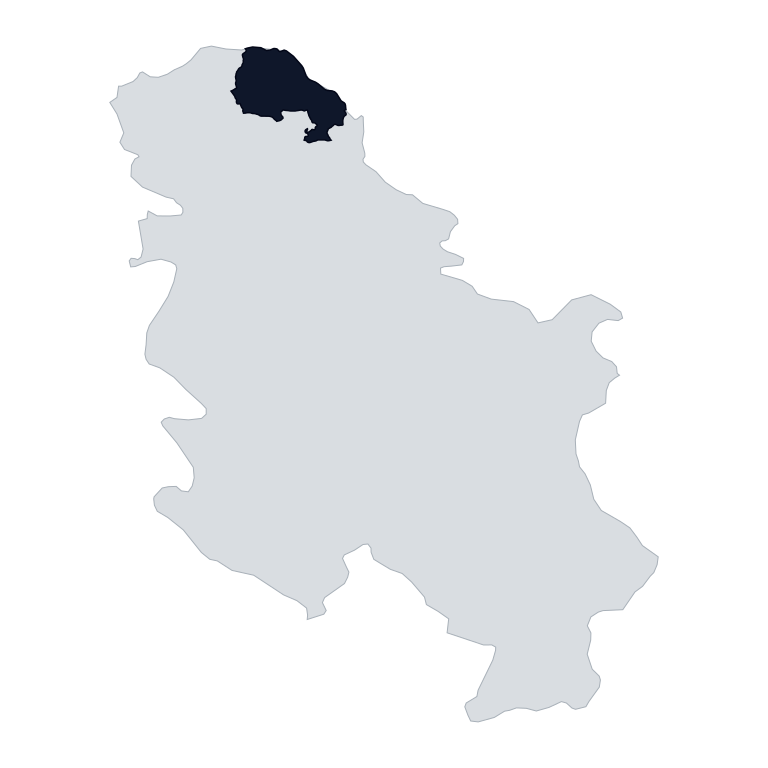 where Severno-Banatski sits in Republic of Serbia
{"feature_id": "SRB-275", "entity_name": "Severno-Banatski", "entity_type": "District", "adm_level": 1, "iso_a3": "SRB", "parent_name": "Republic of Serbia", "parent_adm1": "", "projection": "equal_earth", "projection_center": [20.218, 45.881], "detail": "fine", "context": "in_parent", "style": "filled", "palette": "ink", "viewbox_px": 768, "rotation_deg": 0, "n_neighbors": 0, "source": "natural_earth", "source_scale": "10m", "svg_char_len": 7928}
<svg xmlns="http://www.w3.org/2000/svg" viewBox="0 0 768 768"><path d="M440.8,274.1L462.4,280.4L472.2,286.3L477.4,294.0L491.2,299.1L513.5,301.6L529.1,309.5L538.0,322.9L552.2,319.7L571.7,299.9L591.1,294.7L610.2,304.2L620.8,312.0L622.6,318.1L618.2,320.6L607.5,319.4L598.9,323.2L592.1,331.9L591.2,341.2L596.1,351.1L603.0,357.9L611.8,361.6L616.5,366.8L617.2,373.4L619.5,375.2L614.6,378.2L609.2,382.7L606.3,390.5L605.6,403.2L588.7,413.0L582.4,414.9L579.5,421.4L575.3,439.9L576.0,453.9L578.4,461.0L579.5,466.8L585.1,473.9L590.3,484.9L593.8,499.3L601.3,510.5L620.4,521.5L629.9,527.9L636.9,537.2L642.4,545.6L658.2,556.8L657.1,564.7L653.8,572.6L650.2,576.2L642.6,586.3L635.0,591.9L622.8,609.7L603.0,610.6L598.3,612.1L590.9,616.9L587.3,625.8L590.9,632.9L590.7,640.1L587.2,654.2L592.2,669.2L599.2,676.1L600.4,680.0L599.3,687.1L589.0,701.4L585.9,706.7L575.5,709.3L571.9,708.0L566.4,703.0L561.4,701.6L549.0,707.4L536.3,711.0L526.3,708.3L516.4,707.9L509.6,710.3L504.5,711.2L494.4,717.4L478.2,721.9L470.7,721.0L467.9,715.1L464.8,706.8L466.2,703.0L476.9,696.5L478.1,690.2L492.8,660.1L495.6,650.3L495.7,647.1L491.8,644.9L483.6,645.0L447.1,632.8L448.7,618.8L438.0,611.3L426.4,604.6L424.5,597.1L411.6,582.0L402.2,573.5L390.3,569.3L380.0,563.1L373.8,559.3L371.1,552.2L371.0,548.1L367.9,544.0L363.0,544.5L354.6,550.1L344.3,554.9L342.5,558.4L346.3,566.8L348.9,572.1L347.7,577.1L344.5,583.5L324.6,597.6L322.4,602.6L326.2,610.5L323.8,614.2L307.2,619.5L307.6,615.1L306.6,608.1L297.0,600.7L283.6,594.9L253.7,575.2L242.3,572.7L232.0,570.4L217.3,560.9L209.8,559.3L201.4,552.5L183.3,529.9L167.8,517.5L157.3,511.3L154.4,505.2L153.7,498.9L154.1,496.8L162.2,488.0L168.3,486.7L176.2,486.4L181.4,490.9L188.3,491.8L192.2,486.1L194.2,477.8L193.3,467.3L176.9,442.9L162.8,425.9L161.2,422.2L164.3,419.0L169.3,417.3L174.5,418.7L188.4,419.9L201.6,418.4L206.2,414.2L206.2,408.6L201.4,403.5L185.9,389.5L173.9,377.2L159.7,367.8L149.2,364.0L146.1,359.3L144.9,354.2L146.1,344.8L146.8,332.9L149.4,325.4L158.9,311.3L168.1,296.4L173.8,282.0L176.8,268.7L175.7,264.9L171.0,262.0L161.0,259.2L147.1,261.7L135.3,266.5L130.7,266.9L129.2,260.9L131.1,258.3L134.8,258.6L137.8,259.7L141.1,257.0L143.1,249.0L138.4,221.1L147.2,218.6L147.3,214.6L148.2,211.0L157.2,215.9L170.0,216.0L181.2,215.0L182.9,212.3L182.8,208.3L180.4,205.2L176.5,202.7L173.6,198.8L166.1,197.1L142.5,187.1L131.0,176.4L131.5,165.2L134.9,159.0L139.0,156.8L137.8,154.7L124.5,149.5L119.9,142.2L123.8,132.9L117.0,114.0L109.8,102.4L117.0,97.4L118.0,90.3L118.6,86.2L121.6,86.2L133.1,81.5L137.3,77.6L139.8,73.0L142.5,71.9L150.2,76.8L158.3,77.3L167.4,74.2L174.3,69.8L182.5,66.2L186.2,63.8L191.0,59.9L200.6,48.4L211.4,46.1L225.9,49.0L241.5,50.0L253.2,47.4L282.9,50.7L289.3,53.4L293.4,56.3L301.2,66.1L308.7,78.8L319.1,84.7L331.4,91.6L337.8,96.7L347.2,112.0L354.6,119.4L357.1,119.1L359.5,117.1L361.3,115.6L363.2,117.0L363.3,121.6L363.8,131.9L362.1,142.8L364.8,153.2L364.9,156.4L363.0,159.3L363.3,162.0L365.9,164.8L376.0,171.7L385.3,182.2L396.1,189.7L406.2,194.5L412.5,194.8L422.8,203.4L443.3,209.5L449.8,211.7L454.3,215.2L457.6,219.3L457.9,223.6L454.7,225.8L450.4,231.7L448.6,238.9L445.3,240.7L442.1,240.9L439.7,243.0L440.3,246.1L443.0,249.0L447.3,251.7L455.5,254.4L463.6,258.4L463.5,261.5L461.8,264.9L451.6,266.1L444.0,266.7L440.5,268.1L440.8,274.1Z" fill="#d9dde1" stroke="#a8b0b8" stroke-width="1"/><path d="M252.6,47.0L260.9,47.7L266.4,50.5L270.1,50.1L273.4,48.6L274.7,48.5L276.8,48.9L277.5,49.4L278.8,51.1L279.8,51.6L280.8,51.5L284.1,50.1L286.4,50.9L293.5,56.4L301.7,65.6L303.3,68.1L306.1,75.9L308.1,78.6L310.3,80.1L315.4,82.1L317.9,83.7L324.8,89.4L327.2,90.4L332.1,90.9L334.6,91.8L336.6,93.6L341.0,100.7L341.9,101.4L344.2,102.8L345.1,103.9L345.5,105.3L345.8,108.8L346.0,109.3L345.8,109.5L345.5,109.8L345.2,110.0L344.6,110.3L344.4,110.5L344.3,110.9L344.5,111.2L344.8,111.6L345.4,112.2L345.7,112.8L346.1,113.8L346.1,114.0L346.1,114.4L346.0,114.7L345.9,115.0L344.5,116.0L344.1,116.4L343.8,116.9L343.3,118.1L342.9,119.8L342.8,120.3L342.8,121.3L342.8,122.4L342.9,123.4L343.0,124.4L342.9,124.7L342.8,124.9L342.5,125.0L342.3,125.1L341.8,125.2L340.7,125.2L339.6,125.4L338.8,125.5L338.4,125.4L337.9,125.4L337.4,125.2L336.1,124.6L335.6,124.4L335.2,124.3L334.8,124.4L334.5,124.4L334.2,124.5L333.9,124.7L333.1,125.6L332.0,126.4L331.4,127.1L331.1,127.3L330.4,127.7L328.8,128.5L328.3,129.0L328.1,129.4L327.7,130.6L327.3,131.4L327.2,131.7L327.0,132.7L327.0,132.9L327.0,133.3L327.2,133.6L327.8,134.7L328.2,135.8L328.4,136.4L329.3,137.4L329.5,137.6L329.8,138.3L330.0,138.8L330.3,139.2L331.1,140.2L329.4,140.6L328.7,140.7L327.8,140.8L327.3,140.7L326.9,140.6L325.4,140.1L324.9,140.0L324.4,139.9L323.4,139.9L319.8,139.9L318.3,139.9L317.8,140.0L317.2,140.2L316.2,140.8L315.8,140.9L315.1,141.1L313.7,141.3L312.9,141.5L311.3,142.1L310.4,142.4L309.8,142.6L309.5,142.6L309.2,142.6L308.9,142.6L307.8,142.2L307.4,142.0L307.2,141.7L306.6,140.9L306.2,140.6L304.9,140.4L304.1,140.1L304.3,139.6L304.6,138.8L304.8,137.3L305.0,137.0L305.2,136.7L305.4,136.6L305.7,136.5L307.0,136.4L307.3,136.4L307.6,136.3L307.9,136.0L308.1,135.8L308.2,135.6L308.3,135.2L308.2,134.8L308.0,134.3L307.5,133.7L306.7,133.1L305.8,132.9L305.1,131.8L305.2,130.4L305.8,129.7L307.2,128.8L307.4,128.7L307.5,128.9L307.5,129.2L307.4,129.9L307.0,130.4L306.8,130.8L306.8,131.3L306.9,131.8L307.4,132.2L307.6,132.3L308.2,132.2L309.3,131.8L309.6,131.6L310.3,130.9L310.9,130.6L311.2,130.4L311.7,129.6L312.0,129.5L312.4,129.4L312.7,129.5L313.4,129.7L313.8,129.7L314.2,129.7L314.5,129.7L315.0,129.3L315.2,129.0L315.3,128.7L315.3,127.8L315.3,127.5L315.5,127.1L316.1,126.5L317.0,125.8L317.2,125.5L317.3,125.3L317.2,125.0L317.0,124.7L316.3,124.2L315.6,123.5L315.2,123.2L314.9,123.0L314.3,122.8L313.9,122.8L313.0,122.8L312.8,122.8L312.5,122.6L312.2,122.3L312.0,121.9L311.7,120.8L311.6,120.4L311.2,119.8L310.5,118.9L310.3,118.5L309.7,117.2L309.3,116.5L308.9,115.6L308.5,114.1L308.0,112.7L307.9,112.2L307.7,111.2L307.7,110.7L307.5,110.4L307.3,110.2L307.1,110.1L306.9,110.1L306.4,110.2L305.6,110.4L304.8,110.8L304.4,110.9L304.2,110.9L303.9,110.8L303.1,110.5L302.8,110.3L301.7,110.1L301.1,110.0L299.3,110.3L298.3,110.5L296.7,110.7L295.1,111.0L294.1,111.0L292.0,111.0L290.9,111.0L289.9,110.9L288.3,110.6L285.5,110.4L284.9,110.3L284.4,110.2L283.3,109.9L282.6,110.5L282.4,110.7L280.8,111.8L280.9,114.4L281.9,116.0L282.9,117.1L283.0,118.2L280.9,120.1L279.4,120.7L276.7,121.3L276.5,121.0L276.3,120.7L275.4,120.1L274.7,119.5L274.1,119.0L273.4,118.1L272.9,117.6L272.5,117.3L272.0,117.0L271.4,116.8L271.0,116.6L269.6,116.3L268.6,116.2L262.3,116.1L261.2,116.1L260.7,116.0L260.1,115.8L258.6,114.8L258.0,114.5L256.7,114.2L255.2,113.7L254.8,113.6L252.7,113.5L252.2,113.4L250.7,112.9L250.3,112.8L249.3,112.7L247.8,112.7L246.8,112.8L245.9,113.0L245.3,113.1L243.5,113.2L243.4,112.6L242.9,111.4L242.8,111.0L242.8,110.6L243.0,109.7L243.0,109.3L242.9,109.0L242.8,108.8L242.0,107.9L241.5,107.1L240.1,103.7L238.7,103.9L237.9,103.9L237.6,103.9L237.3,103.8L237.0,103.5L236.9,103.3L236.6,102.8L236.5,102.6L236.5,102.2L236.4,101.4L236.6,100.1L236.5,99.7L236.3,99.4L235.5,98.3L235.2,97.9L235.1,97.5L234.8,96.4L234.6,96.1L233.7,94.8L231.0,91.1L231.9,90.7L232.8,90.3L233.6,89.8L234.2,89.5L235.0,88.9L235.3,88.6L236.0,88.4L236.4,88.2L236.5,88.1L236.6,87.9L236.6,87.6L236.6,87.2L236.4,86.7L236.1,85.5L235.9,85.0L235.7,84.5L235.6,83.4L235.6,82.9L236.1,81.4L236.1,81.0L236.2,80.6L236.1,79.8L235.8,78.8L235.5,76.8L235.6,76.4L235.9,75.5L236.0,75.1L236.0,74.3L236.0,74.0L236.5,73.0L236.6,72.0L236.7,71.9L236.8,71.7L237.5,70.8L237.7,70.5L238.1,69.8L238.4,69.2L238.9,68.5L239.3,68.2L239.7,67.9L240.8,67.3L241.1,67.1L241.4,66.8L241.7,66.4L241.9,65.9L242.1,64.9L242.2,64.5L243.1,63.0L243.2,62.6L243.3,61.6L243.2,60.4L243.3,60.1L243.5,59.3L243.5,59.0L243.4,58.6L243.0,57.6L242.9,57.3L242.5,55.6L242.4,55.2L242.4,54.8L242.5,54.5L242.8,54.0L243.1,53.7L243.5,53.4L244.7,52.6L245.5,52.0L245.9,51.5L246.2,50.6L246.2,50.3L246.1,49.9L246.0,49.7L245.7,49.2L245.3,48.8L247.3,48.1L252.6,47.0Z" fill="#0f172a" stroke="#020617" stroke-width="1.5"/></svg>